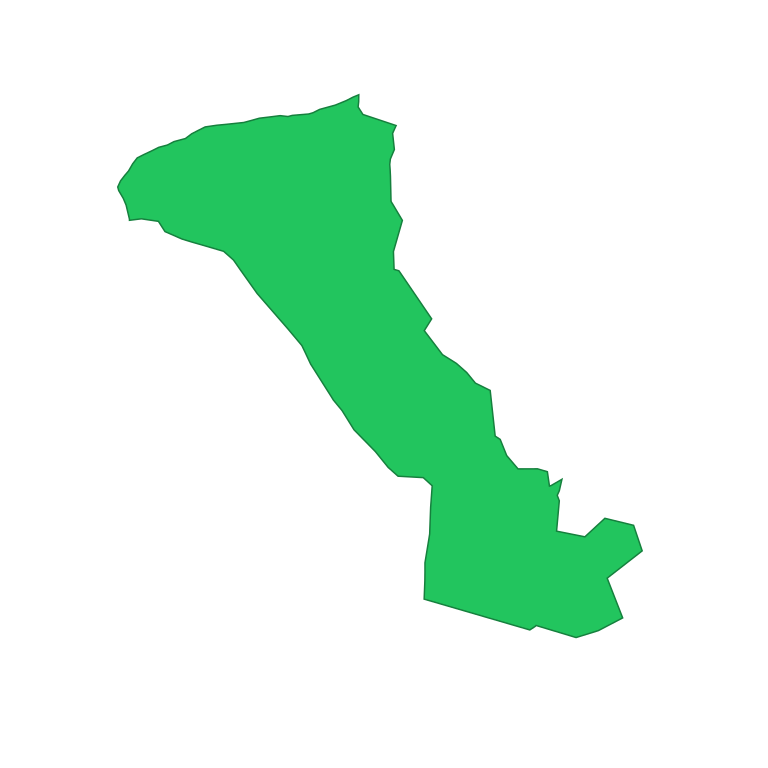 Oriade, Osun, Nigeria (Mercator projection), rotated 165°
{"feature_id": "59680162B70922239420655", "entity_name": "Oriade", "entity_type": "district", "adm_level": 2, "iso_a3": "NGA", "parent_name": "Nigeria", "parent_adm1": "Osun", "projection": "mercator", "projection_center": [4.887, 7.554], "detail": "fine", "context": "isolated", "style": "filled", "palette": "green", "viewbox_px": 768, "rotation_deg": 165, "n_neighbors": 0, "source": "geoboundaries", "source_scale": "gbopen_adm2", "svg_char_len": 1644}
<svg xmlns="http://www.w3.org/2000/svg" viewBox="0 0 768 768"><g transform="rotate(165 384 384)"><path d="M590.2,643.2L590.2,639.5L587.8,630.8L586.8,623.6L587.0,616.5L587.2,609.3L587.5,608.0L578.1,606.7L575.5,606.3L559.8,599.5L556.1,587.9L541.6,576.3L532.8,570.8L528.8,568.4L504.6,553.7L497.3,542.7L492.9,530.6L483.1,504.2L475.0,487.6L462.5,462.0L453.4,442.4L452.1,435.6L449.7,422.2L441.3,395.3L438.0,384.8L437.1,381.7L431.4,369.2L424.8,347.5L409.8,320.9L401.5,302.2L400.8,301.2L394.3,291.3L370.3,283.4L366.2,277.0L363.8,273.2L370.9,252.7L378.7,227.3L380.4,223.5L390.7,200.7L393.0,192.1L395.5,183.2L400.9,165.8L306.8,108.7L300.8,110.7L299.6,111.4L264.1,89.4L240.8,90.3L214.0,96.3L218.7,138.7L177.8,156.0L179.5,182.9L205.4,197.1L229.5,184.4L255.4,197.2L244.9,225.8L245.5,231.6L242.3,235.5L236.8,245.9L249.1,242.6L250.6,242.6L248.9,257.0L257.6,262.3L276.5,267.3L284.0,283.1L286.1,300.4L290.1,304.9L283.1,350.3L295.5,361.2L301.1,373.6L308.7,385.1L319.9,397.2L331.3,425.1L321.1,434.6L340.3,489.5L344.6,492.1L340.6,509.5L323.9,537.3L329.1,555.7L329.9,558.3L329.7,559.6L324.0,583.0L322.7,589.0L321.6,594.7L319.6,599.7L313.3,607.8L310.8,623.9L305.4,630.5L334.6,649.8L337.3,658.3L335.4,663.2L333.5,669.9L339.7,669.1L347.1,667.5L358.9,666.0L375.1,665.9L382.4,664.4L386.9,664.3L403.1,667.2L407.5,667.2L414.9,670.1L425.2,671.5L435.6,673.0L443.1,672.9L444.4,672.9L451.8,672.9L469.5,675.7L478.4,677.2L490.2,678.6L497.5,677.1L504.9,675.5L512.3,672.5L518.2,672.5L524.1,672.5L531.4,670.9L540.3,670.9L547.6,669.4L556.5,667.8L563.8,666.3L569.7,661.8L575.6,655.9L580.0,652.9L585.9,648.4L590.2,643.2Z" fill="#22c55e" stroke="#15803d" stroke-width="1.5"/></g></svg>